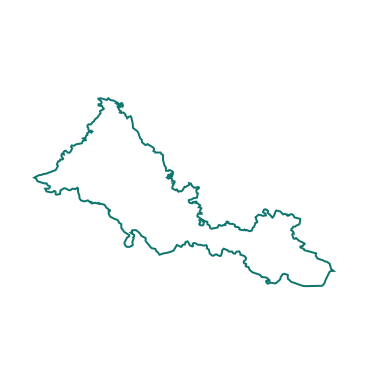 the border of Orenburg, rotated 14°
{"feature_id": "RUS-2391", "entity_name": "Orenburg", "entity_type": "Region", "adm_level": 1, "iso_a3": "RUS", "parent_name": "Russia", "parent_adm1": "", "projection": "robinson", "projection_center": [55.668, 52.426], "detail": "fine", "context": "isolated", "style": "outline", "palette": "teal", "viewbox_px": 384, "rotation_deg": 14, "n_neighbors": 0, "source": "natural_earth", "source_scale": "10m", "svg_char_len": 6047}
<svg xmlns="http://www.w3.org/2000/svg" viewBox="0 0 384 384"><g transform="rotate(14 192 192)"><path d="M300.8,207.7L300.0,207.7L299.6,209.2L301.8,212.6L303.4,212.4L304.0,211.5L307.9,213.5L313.1,214.5L313.9,215.3L312.8,216.4L312.7,217.3L310.4,218.6L310.4,219.3L311.0,219.7L314.2,220.1L315.1,221.3L327.2,221.5L327.5,224.0L330.0,226.2L335.8,226.6L337.9,227.3L339.4,227.0L342.8,228.2L345.6,233.0L348.5,234.3L345.8,235.2L344.8,236.2L342.9,244.9L342.6,248.2L341.6,250.8L340.7,251.6L324.9,255.9L322.0,256.3L309.9,255.1L306.2,253.0L305.6,252.0L305.0,249.3L301.6,249.0L299.9,249.9L298.7,252.9L298.7,255.5L296.0,259.5L294.8,260.6L290.4,260.9L287.6,262.7L285.9,261.5L285.5,260.5L286.2,259.9L288.6,259.9L288.6,258.9L285.0,257.0L280.2,257.6L278.0,255.9L270.1,255.3L266.8,253.6L264.9,251.1L262.5,251.3L262.0,250.9L262.1,249.0L261.8,248.6L259.8,248.6L259.1,247.5L259.2,246.4L260.4,245.0L260.4,242.8L258.2,241.4L254.1,241.1L253.7,239.7L252.0,238.2L249.6,239.2L248.7,241.3L248.0,241.7L246.5,241.3L245.4,240.1L242.0,240.9L240.6,239.9L236.5,239.3L235.5,241.0L235.7,245.9L235.3,247.0L234.3,247.4L230.4,246.6L227.9,248.8L226.5,248.7L224.1,247.4L222.3,243.8L220.1,243.1L219.6,241.0L218.8,240.1L216.4,241.2L212.7,241.2L210.5,241.8L207.4,240.8L206.2,241.1L205.2,241.9L206.0,244.3L205.4,244.8L202.8,244.3L200.2,241.3L199.3,241.0L197.7,242.5L198.0,244.5L195.7,245.6L195.2,247.5L194.7,247.9L190.1,247.1L188.5,252.8L187.9,253.7L183.6,256.5L178.8,258.7L175.7,260.7L173.2,258.6L171.8,258.2L170.2,256.1L166.7,256.3L165.5,255.8L159.1,251.0L158.5,250.1L158.5,248.7L158.1,247.9L153.7,246.9L151.3,244.7L147.7,242.8L146.3,242.7L143.3,243.6L143.0,244.0L143.6,245.4L142.4,246.3L146.3,247.8L146.6,249.3L145.9,250.5L146.6,251.4L146.2,254.3L147.3,258.1L144.8,260.3L142.2,261.0L140.3,260.1L139.3,259.0L138.7,257.5L140.0,252.1L141.8,250.0L141.6,249.0L135.8,247.1L132.1,243.9L131.1,240.2L128.4,239.4L127.8,238.1L126.1,237.0L123.9,237.0L118.6,235.7L116.3,233.2L116.3,231.4L115.8,230.9L117.0,230.2L116.8,229.6L112.3,227.7L111.0,226.1L109.3,225.4L105.5,225.7L104.1,225.0L103.6,225.4L103.9,226.0L100.4,225.9L97.7,227.3L96.0,226.7L96.4,226.1L94.2,226.0L93.0,225.3L89.8,227.2L86.3,227.0L84.4,225.4L83.5,222.7L81.6,219.8L80.4,216.0L79.7,215.6L78.2,217.4L75.1,217.7L73.4,219.8L71.8,220.0L68.6,219.1L67.0,219.3L64.0,222.2L64.4,225.8L61.8,227.2L60.5,227.3L59.8,226.2L59.7,224.9L58.7,224.3L58.0,224.3L56.7,225.8L55.2,226.5L50.6,226.6L48.7,224.3L52.3,223.3L52.9,222.4L52.7,220.9L50.3,220.4L48.8,218.8L47.0,219.4L40.0,219.0L39.3,218.8L37.6,216.7L35.5,216.2L39.3,212.8L42.2,211.6L43.6,210.3L45.6,209.8L54.4,203.7L55.6,199.5L55.5,198.9L54.3,198.1L54.6,194.8L56.2,194.0L56.3,192.4L58.3,191.9L58.9,191.2L58.3,190.1L56.8,189.2L56.4,188.3L56.6,186.5L58.6,186.6L57.6,184.6L58.5,182.9L59.5,182.5L61.9,183.8L63.8,183.4L64.5,181.9L65.2,178.6L63.7,177.5L64.0,175.9L66.3,175.7L68.0,173.8L73.3,171.4L73.7,168.5L76.4,167.5L76.2,166.8L73.6,166.2L75.6,164.9L75.6,163.2L76.7,161.9L76.1,160.4L77.0,159.5L77.6,157.6L76.5,156.7L75.8,154.8L74.9,154.3L74.5,152.6L75.2,151.4L77.5,150.9L78.6,148.4L79.5,147.5L80.4,144.8L82.1,142.7L84.2,137.6L83.2,135.7L86.3,132.8L86.1,132.2L85.0,131.7L83.9,130.3L80.4,130.7L80.1,129.5L82.3,128.6L82.7,128.1L82.6,127.1L81.7,125.7L79.0,124.7L78.6,124.1L80.8,123.1L87.1,123.3L88.1,121.3L90.6,122.5L94.1,122.3L98.9,123.7L98.9,124.4L97.9,124.7L99.2,125.2L101.3,125.0L101.7,124.5L101.1,123.6L102.0,122.8L102.7,122.8L104.0,124.6L104.0,126.0L102.2,126.2L101.6,127.0L100.1,126.7L99.2,127.2L101.9,130.3L103.4,130.8L102.8,132.3L104.2,132.4L106.1,131.5L108.1,132.4L108.7,132.9L108.9,133.9L110.4,134.9L111.3,136.1L112.4,134.4L114.1,133.3L114.9,134.0L117.6,139.2L119.3,144.1L124.3,146.3L125.4,147.3L128.7,152.4L130.7,153.6L131.4,155.8L134.9,157.5L135.8,157.6L137.3,156.3L143.5,158.2L144.8,159.3L144.7,161.6L146.4,161.9L146.8,162.6L152.0,161.3L152.9,162.4L155.0,163.2L156.0,167.7L159.0,173.1L160.6,174.4L161.6,177.6L163.9,177.3L164.5,176.2L167.1,176.4L168.6,177.1L169.0,178.9L167.5,178.9L167.0,179.7L167.4,180.3L168.9,180.7L168.9,181.6L167.0,182.5L166.5,182.2L166.2,181.0L165.1,180.9L164.7,181.5L165.0,182.9L164.1,184.0L166.0,184.8L167.3,183.8L168.7,183.6L169.8,184.7L169.9,186.0L172.5,185.9L172.7,186.6L172.0,186.9L172.4,188.0L171.1,188.4L172.1,189.3L171.7,192.5L172.2,193.4L175.8,194.2L176.4,193.3L177.2,193.3L177.9,194.6L178.9,195.0L180.2,194.0L181.5,193.9L182.4,192.7L183.5,188.8L184.3,188.9L187.6,185.6L187.0,184.1L188.9,184.1L190.6,186.1L193.1,187.4L197.0,185.6L197.6,185.9L197.8,186.2L197.2,187.5L196.0,188.3L195.7,189.2L196.6,191.4L198.1,192.0L197.9,193.4L198.3,196.2L194.9,197.7L193.6,199.2L191.1,200.4L190.9,201.2L191.5,202.4L192.3,203.0L194.7,203.0L195.1,202.8L195.1,201.7L198.5,200.3L198.8,200.7L197.5,201.6L199.9,201.6L203.2,203.0L202.3,205.2L204.2,205.1L205.0,205.6L204.1,208.9L204.7,209.9L206.3,210.0L206.6,210.9L203.2,211.5L202.9,213.9L203.2,214.4L207.1,215.8L207.2,216.8L206.0,217.6L207.4,219.5L206.7,220.9L207.0,221.8L207.9,222.2L210.3,221.9L211.0,221.0L210.9,218.7L208.4,217.1L208.4,216.4L209.3,216.3L211.0,217.2L214.0,217.2L214.8,219.6L217.0,220.1L218.3,222.4L219.9,222.9L225.5,220.2L225.9,217.8L226.3,217.4L229.0,217.7L230.3,216.6L232.3,216.0L231.9,214.8L233.1,213.8L232.8,212.4L233.5,212.2L234.6,212.4L235.1,213.4L236.6,213.7L239.4,213.0L241.1,213.5L241.7,213.8L241.9,214.9L242.7,215.3L245.4,214.9L246.8,215.5L246.8,216.6L247.4,216.9L250.4,216.8L251.5,216.5L252.0,215.7L253.4,216.3L254.3,215.6L257.1,216.1L258.4,215.7L259.3,214.9L259.7,211.9L260.7,210.7L261.0,206.7L262.5,205.7L262.4,204.6L261.3,203.9L260.7,202.2L259.8,201.6L259.9,200.9L262.3,197.8L267.0,197.9L269.4,196.8L268.7,195.5L265.7,194.3L266.1,191.8L267.2,191.0L270.3,191.8L270.4,193.9L273.5,195.4L276.1,197.4L277.1,195.9L278.0,189.8L278.7,189.5L282.6,189.6L285.7,191.7L287.0,190.9L290.2,190.9L290.0,191.7L290.5,191.9L291.6,191.5L293.0,189.8L294.0,189.4L295.8,189.9L297.7,191.9L303.4,191.9L304.1,194.0L303.9,197.4L301.3,199.4L300.6,200.6L298.7,201.1L298.1,202.9L297.4,203.8L297.5,205.1L299.7,205.9L300.8,207.7ZM79.9,158.8L80.7,157.4L79.3,156.9L78.6,158.3L79.9,158.8Z" fill="none" stroke="#0f766e" stroke-width="2"/></g></svg>